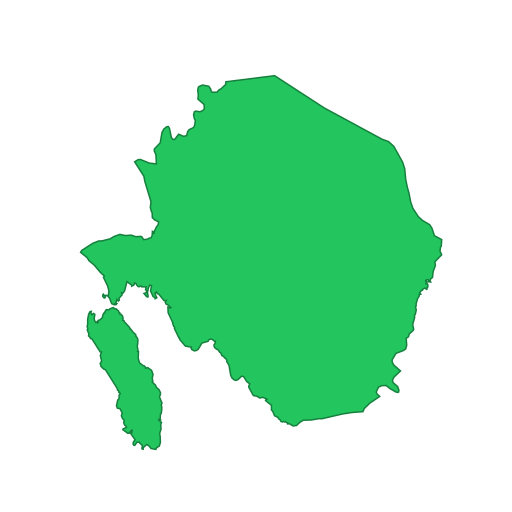 the district of Kaoh Kong, Kaôh Kong, Cambodia, rotated 344°
{"feature_id": "14789045B37744308574617", "entity_name": "Kaoh Kong", "entity_type": "district", "adm_level": 2, "iso_a3": "KHM", "parent_name": "Cambodia", "parent_adm1": "Kaôh Kong", "projection": "natural_earth1", "projection_center": [103.11, 11.431], "detail": "fine", "context": "isolated", "style": "filled", "palette": "green", "viewbox_px": 512, "rotation_deg": 344, "n_neighbors": 0, "source": "geoboundaries", "source_scale": "gbopen_adm2", "svg_char_len": 6054}
<svg xmlns="http://www.w3.org/2000/svg" viewBox="0 0 512 512"><g transform="rotate(344 256 256)"><path d="M395.2,352.0L395.3,348.8L396.3,348.0L396.7,346.1L399.7,341.4L401.9,339.4L402.2,338.2L403.9,338.1L403.1,336.5L405.5,334.8L406.7,334.7L407.3,333.8L409.3,333.3L410.9,335.1L411.3,334.9L411.7,333.4L412.5,333.3L413.3,331.1L413.0,329.9L411.7,329.5L413.2,327.6L412.1,326.8L412.4,326.3L413.5,325.9L414.8,326.2L415.4,327.8L414.7,328.4L416.8,329.1L416.6,327.5L417.1,326.5L419.8,325.2L422.0,319.8L425.9,314.4L426.2,311.7L426.9,310.6L434.8,306.0L434.2,302.0L435.8,298.4L436.8,297.6L439.0,291.4L433.1,285.7L432.8,277.8L431.6,273.8L425.9,267.8L422.9,262.9L419.9,253.3L419.6,246.4L420.4,237.5L420.4,231.9L421.0,223.7L423.0,213.2L422.8,206.2L418.7,188.6L415.0,182.6L409.4,178.5L362.4,132.5L323.6,87.8L275.1,80.2L274.2,82.7L268.5,85.6L266.2,86.1L263.7,87.8L259.3,86.6L258.4,85.8L258.4,82.8L257.4,79.8L251.7,76.9L247.9,77.4L247.1,77.9L245.7,80.4L244.9,85.4L243.4,89.2L247.9,96.2L246.8,100.3L245.1,101.5L241.8,101.9L238.1,100.1L236.5,100.4L234.9,103.0L234.6,106.7L235.0,109.2L233.1,113.4L231.4,115.3L226.5,116.1L224.5,117.7L222.5,121.2L219.4,121.0L215.2,117.6L210.0,121.5L208.4,121.2L207.3,118.7L208.0,109.5L207.4,107.4L205.9,107.1L202.5,108.5L199.7,111.3L195.1,120.8L187.8,125.1L187.2,126.8L187.7,131.1L185.6,140.0L179.3,137.4L171.5,131.4L169.3,130.9L165.3,132.0L170.2,148.4L169.7,153.9L170.0,175.0L167.8,180.2L167.7,184.2L168.1,185.9L166.9,190.5L168.7,193.6L171.8,196.2L170.7,198.8L168.1,200.8L164.6,204.8L163.8,204.2L164.2,206.1L163.6,206.1L163.0,204.4L161.8,207.6L160.6,209.1L160.0,209.6L158.0,209.4L156.4,209.9L152.5,209.3L151.5,206.0L150.4,205.3L145.8,204.3L141.9,201.6L136.0,200.3L131.1,197.7L124.9,198.1L120.5,199.3L112.1,199.0L108.9,198.2L102.6,198.8L90.0,202.6L88.4,204.1L93.3,211.2L94.1,214.4L98.0,220.2L101.9,228.9L104.7,233.5L103.5,234.5L105.1,243.8L105.0,249.0L103.3,253.0L102.6,253.4L102.1,252.8L103.6,256.2L104.1,262.0L106.3,263.8L108.1,264.2L109.0,263.5L107.2,263.0L108.7,262.0L110.2,259.4L111.2,261.4L112.3,260.9L112.7,258.9L116.5,256.5L117.0,255.3L116.7,254.4L117.9,255.0L120.1,253.3L124.9,245.1L128.3,249.5L128.2,250.8L130.6,250.3L131.9,248.4L133.3,249.8L133.2,250.7L134.3,253.0L135.8,253.4L136.4,253.0L137.6,253.4L137.6,254.1L141.8,255.4L140.5,258.0L141.4,259.7L140.2,261.1L138.0,261.1L139.4,264.5L140.3,265.5L140.8,265.6L141.2,265.0L141.6,261.1L144.1,256.6L145.8,254.7L147.4,255.6L145.0,260.5L145.9,266.6L147.4,268.3L147.3,269.3L149.2,268.8L148.5,264.9L149.1,263.5L150.5,263.1L150.6,264.9L152.0,265.8L155.3,273.5L156.5,274.3L157.3,274.1L156.0,275.7L156.4,277.6L157.7,278.5L160.0,282.2L159.1,282.4L157.2,280.9L155.9,286.3L157.6,297.1L157.3,297.8L157.5,301.0L158.2,302.2L157.6,303.3L159.3,313.3L159.7,313.3L159.7,315.3L163.3,323.2L168.8,325.8L168.2,326.7L168.4,328.1L170.5,330.2L172.7,330.4L174.8,329.7L180.0,324.8L186.4,324.8L187.7,323.4L189.7,323.4L191.1,324.2L192.5,326.4L193.5,326.7L192.4,328.9L191.3,329.6L190.8,331.1L191.1,332.8L192.6,334.9L193.6,335.5L194.5,338.4L195.4,339.3L195.7,342.3L197.3,343.7L197.6,345.2L198.7,346.1L199.2,348.5L198.8,349.5L199.9,353.6L198.8,363.7L199.3,366.7L200.8,369.0L202.5,370.1L204.8,369.8L208.8,367.7L210.1,368.0L211.0,368.9L212.5,374.2L214.8,377.2L213.1,379.1L212.9,380.4L215.0,389.4L218.1,391.0L220.6,393.6L223.5,393.7L226.8,396.3L227.1,396.8L225.8,397.0L225.3,397.6L229.7,403.8L228.4,408.3L229.3,409.9L229.8,414.7L232.7,417.2L232.8,418.6L234.1,420.3L234.4,422.0L235.5,422.8L236.7,422.6L237.6,423.4L238.6,423.3L239.6,424.7L240.4,424.9L240.1,426.1L241.9,426.5L244.8,429.6L248.2,430.1L252.3,428.0L256.3,426.9L264.0,428.9L271.6,429.7L274.4,430.6L295.6,431.7L305.1,432.9L315.9,435.1L318.0,432.5L324.9,428.8L336.2,425.1L334.5,422.4L334.1,420.6L334.5,419.3L337.7,415.8L341.2,415.3L345.4,416.4L348.4,420.6L352.9,425.2L354.3,426.1L355.6,426.1L356.4,424.4L356.2,420.5L353.0,415.7L352.8,413.2L355.2,410.5L363.2,406.3L358.3,398.6L357.7,395.1L358.4,393.2L363.7,388.2L371.7,387.5L374.4,386.5L376.3,383.2L377.7,376.5L380.3,375.7L381.8,373.2L386.7,370.8L387.4,369.9L387.7,365.1L391.6,358.7L392.1,356.5L393.1,355.9L395.2,352.0ZM82.0,267.2L81.5,265.3L82.4,263.8L81.1,263.7L79.1,265.8L76.7,270.5L75.4,275.2L74.3,277.0L74.2,279.6L73.4,280.6L73.9,284.9L73.0,286.7L73.8,287.8L74.2,289.8L75.4,290.3L79.8,305.3L81.0,305.7L78.9,308.8L78.7,314.3L76.5,316.5L76.8,318.1L76.5,319.2L78.3,322.6L79.9,323.8L86.2,345.4L85.8,346.5L86.7,347.6L86.6,349.4L87.1,349.4L87.6,350.9L86.0,352.1L85.1,355.3L83.4,356.3L80.6,361.5L80.8,364.1L83.1,365.2L84.0,369.3L83.8,370.6L82.5,372.5L82.9,375.2L84.0,378.0L82.9,379.6L82.9,380.6L83.2,382.4L84.4,384.3L84.1,385.1L80.7,385.5L80.2,386.3L83.9,391.1L86.2,391.5L86.6,390.9L86.1,390.5L88.1,389.3L89.0,389.4L87.9,391.6L87.4,391.3L86.7,392.3L89.1,399.3L86.7,401.2L86.0,403.0L86.4,404.2L87.3,404.6L90.3,402.2L92.6,402.9L92.6,403.6L94.4,406.7L94.2,408.0L93.3,409.2L93.4,410.2L94.3,410.6L94.7,409.2L99.0,407.1L100.9,409.3L102.0,412.1L106.4,414.3L107.6,412.9L110.7,412.0L112.7,408.9L114.1,403.4L114.5,400.0L117.0,396.2L118.0,391.8L119.3,389.9L117.1,386.8L117.7,386.3L118.3,387.2L119.2,387.2L119.0,386.1L120.6,381.7L121.6,381.1L122.7,378.6L123.8,375.4L123.8,373.2L125.1,371.5L124.4,365.2L125.0,363.6L125.8,363.2L126.5,360.9L125.9,357.6L124.0,354.8L123.8,352.4L121.5,348.6L122.4,347.8L122.5,345.1L124.4,341.4L124.1,337.1L121.1,333.4L118.9,333.4L119.1,332.5L118.3,330.8L117.1,330.1L114.6,326.5L114.6,321.8L116.7,315.5L116.0,315.0L116.5,314.7L117.1,309.3L117.8,308.5L119.4,304.0L119.3,301.9L118.3,299.7L118.8,298.9L118.5,298.0L116.8,295.3L115.4,291.6L114.8,291.4L114.8,289.8L111.3,282.9L111.2,281.7L110.1,281.0L111.1,279.3L111.1,276.6L110.0,274.6L109.1,274.3L109.4,272.8L108.7,272.4L108.7,271.0L106.9,268.1L105.7,268.1L104.7,266.2L100.9,266.5L99.8,267.2L97.3,266.3L95.5,267.8L94.9,269.0L94.0,268.9L92.8,270.2L91.1,273.1L88.3,274.4L86.4,274.4L85.6,276.0L85.8,276.5L85.1,276.6L84.9,275.4L83.7,275.7L83.0,273.3L83.3,271.4L85.0,267.7L84.0,266.4L82.0,267.2ZM102.1,252.8L99.3,252.1L98.7,250.6L98.0,251.2L97.6,252.6L98.1,254.0L99.1,254.7L100.6,252.9L102.1,252.8Z" fill="#22c55e" stroke="#15803d" stroke-width="1.5"/></g></svg>